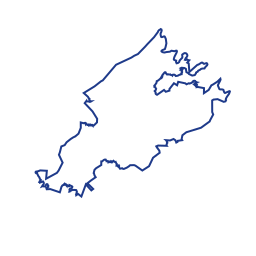 Tepecoacuilco de Trujano, Guerrero, Mexico, rotated 222°
{"feature_id": "50627088B4261822840541", "entity_name": "Tepecoacuilco de Trujano", "entity_type": "district", "adm_level": 2, "iso_a3": "MEX", "parent_name": "Mexico", "parent_adm1": "Guerrero", "projection": "equal_earth", "projection_center": [-99.467, 18.127], "detail": "fine", "context": "isolated", "style": "outline", "palette": "blue", "viewbox_px": 256, "rotation_deg": 222, "n_neighbors": 0, "source": "geoboundaries", "source_scale": "gbopen_adm2", "svg_char_len": 5910}
<svg xmlns="http://www.w3.org/2000/svg" viewBox="0 0 256 256"><g transform="rotate(222 128 128)"><path d="M73.4,213.0L73.8,214.4L74.4,214.6L74.9,215.4L75.4,217.6L75.8,221.1L76.7,223.3L77.1,223.4L77.4,223.1L79.3,219.0L79.7,218.8L80.8,219.1L82.7,220.2L84.0,219.6L85.4,218.3L86.2,218.1L89.6,219.7L90.0,220.4L91.2,224.9L91.6,225.9L92.3,226.4L92.6,222.2L94.0,217.0L94.6,215.5L93.5,210.3L94.9,204.7L98.2,208.5L103.4,205.3L104.2,204.4L104.5,205.1L105.2,204.7L105.6,205.7L106.4,204.0L106.4,204.9L106.7,204.6L107.5,204.6L107.1,205.0L107.2,206.2L108.1,206.1L107.8,206.5L108.1,206.8L107.6,207.3L107.3,208.0L107.8,207.7L108.1,207.9L109.1,207.7L109.6,207.9L110.1,207.7L110.9,206.8L110.9,206.2L110.7,205.2L111.0,204.7L111.0,204.0L112.0,202.2L112.7,202.0L113.8,199.6L115.2,199.6L121.6,195.9L120.1,192.6L123.8,192.0L123.3,184.7L122.2,183.5L124.2,180.2L126.7,180.4L128.6,172.2L128.9,172.0L130.1,171.9L130.7,172.2L131.3,173.0L132.9,173.3L132.8,174.7L133.3,175.9L133.7,175.9L134.9,176.6L135.3,176.6L135.9,176.2L136.8,177.1L136.6,178.1L136.8,178.4L136.8,179.1L137.0,179.8L137.0,180.5L138.0,182.1L137.6,182.7L137.2,184.6L137.0,186.7L137.3,188.2L136.6,188.0L136.8,189.1L137.7,189.9L137.9,190.6L137.9,191.0L137.7,191.3L137.9,191.5L138.0,193.5L137.8,194.3L137.1,194.5L136.5,194.0L134.7,193.9L134.3,194.7L133.2,195.2L132.5,196.1L131.6,196.1L130.6,196.8L130.1,196.7L130.3,197.6L130.1,197.9L129.1,198.7L128.7,198.8L127.3,198.6L126.5,199.5L125.9,200.4L125.3,202.2L124.8,202.7L124.4,203.6L124.7,203.9L124.3,204.1L124.7,204.6L125.0,205.5L125.3,205.9L125.7,205.9L125.7,206.1L126.1,206.3L126.3,206.7L126.6,206.7L126.6,207.1L127.1,206.8L127.1,207.2L127.8,206.7L127.8,207.1L128.2,207.3L128.0,207.6L128.2,208.1L128.8,207.9L128.6,208.5L128.1,209.0L127.6,209.2L126.3,210.3L124.6,210.7L122.0,208.6L119.8,209.1L118.9,208.9L115.4,209.9L113.8,212.0L114.1,214.2L114.4,214.5L114.5,215.2L113.9,216.4L114.2,217.5L113.4,219.5L113.3,220.5L113.1,221.0L112.5,222.0L111.0,223.4L111.3,224.8L111.2,227.6L111.5,228.4L112.4,228.9L113.1,228.7L114.4,226.6L114.8,226.4L116.3,226.4L116.9,226.0L117.2,225.5L118.1,222.2L118.7,221.4L119.9,210.7L126.1,216.6L127.7,216.2L127.8,219.3L129.4,218.4L129.9,218.5L130.7,217.1L131.3,216.8L131.9,218.7L131.8,219.6L132.1,221.1L132.3,221.5L132.7,221.9L133.6,222.3L134.6,222.4L135.8,221.8L136.2,221.2L136.5,220.4L136.8,218.8L136.7,218.6L135.2,217.3L134.7,216.4L134.8,213.4L134.7,212.4L134.3,211.8L134.1,211.2L134.4,209.7L135.2,208.6L136.5,209.2L137.3,210.3L139.2,209.5L139.8,209.6L140.4,210.4L141.2,212.2L142.4,216.7L143.0,217.8L143.5,218.0L144.0,217.7L144.9,216.1L147.4,214.5L147.9,212.8L150.3,210.1L151.3,208.6L152.6,207.7L154.0,207.3L154.5,207.4L154.7,207.7L154.6,208.8L153.4,211.3L154.2,213.2L156.1,216.6L159.5,219.5L161.8,220.5L162.5,220.3L163.4,218.5L163.9,218.0L164.4,217.9L166.2,219.1L167.0,220.0L167.6,221.8L168.3,223.1L169.1,223.6L169.9,223.4L170.0,222.7L170.4,221.7L170.4,220.3L170.0,219.3L169.4,213.0L169.7,203.3L169.7,199.5L170.1,189.6L171.7,185.9L172.6,182.6L179.2,167.0L178.6,146.5L179.3,144.7L180.7,136.6L184.3,124.4L178.7,124.4L176.8,123.8L176.4,123.9L176.3,123.5L174.1,122.7L173.7,122.7L173.2,123.2L173.4,122.5L173.9,121.8L175.3,121.2L176.8,119.8L177.0,120.0L176.8,117.5L165.5,116.6L157.1,114.2L154.8,111.4L155.1,107.1L155.7,106.5L155.6,106.3L156.0,106.4L156.0,105.9L157.0,105.4L157.3,105.4L157.4,105.6L157.6,105.4L157.5,105.0L157.9,104.4L158.4,104.3L158.7,105.0L159.0,104.7L158.7,104.5L158.9,104.1L158.9,103.8L159.4,104.0L159.4,103.6L160.2,103.1L161.2,103.4L161.1,103.9L161.4,103.3L161.8,103.1L161.8,102.7L162.4,103.2L162.8,102.9L162.7,103.3L163.3,103.2L164.3,101.8L166.8,100.5L163.2,96.5L161.0,90.7L161.4,87.6L161.6,86.8L161.5,86.6L162.4,84.5L163.2,81.6L164.1,76.3L163.6,72.9L165.2,69.7L162.4,64.4L161.4,61.9L153.4,58.5L151.1,50.0L150.8,47.1L154.9,35.5L159.7,41.9L164.9,37.7L165.8,35.8L167.2,34.0L167.3,33.8L166.8,33.0L166.2,32.9L166.0,33.1L165.9,33.3L165.7,33.2L165.3,33.5L165.0,33.2L164.6,33.2L162.5,32.3L160.7,32.0L159.7,31.3L158.0,31.1L158.2,30.5L157.9,29.9L158.0,29.3L157.8,28.7L157.5,29.0L156.9,28.5L155.3,31.4L154.0,31.0L153.1,30.0L153.1,28.5L152.8,27.1L152.5,27.7L151.2,28.4L150.4,29.4L151.0,31.4L150.7,32.1L150.1,32.3L149.1,31.8L148.5,31.7L148.3,30.8L147.9,30.7L148.6,28.8L147.4,28.1L144.9,30.6L135.6,34.6L138.1,39.8L138.3,41.4L138.0,42.4L137.6,42.8L138.2,44.0L137.8,43.7L137.8,43.9L137.4,43.7L137.3,43.8L137.1,43.5L136.7,44.2L135.1,44.0L135.8,44.7L133.1,45.0L132.7,45.6L132.8,46.0L132.8,46.3L133.3,46.2L133.4,46.4L130.6,47.2L130.0,47.1L129.6,46.1L130.0,45.0L130.5,44.4L130.4,43.3L130.2,42.9L129.9,42.8L129.2,42.1L129.0,41.5L128.8,41.7L128.9,42.1L128.7,42.8L128.5,43.1L128.0,44.6L126.1,46.4L124.9,47.2L123.4,46.5L122.1,43.9L121.5,43.4L121.4,43.8L121.6,43.8L121.5,44.2L121.6,44.6L121.6,45.2L121.3,45.6L116.8,45.9L121.6,57.9L113.5,57.1L113.1,59.4L121.2,59.8L120.4,64.2L119.1,69.8L121.0,70.3L122.9,71.5L123.3,71.5L124.9,74.5L124.8,76.8L123.1,82.6L125.5,85.3L124.9,85.9L124.6,88.1L124.0,89.2L123.4,89.6L122.9,89.3L122.2,89.3L121.8,89.0L121.5,89.4L121.3,89.3L120.4,90.1L119.6,89.3L119.2,89.9L119.3,90.6L118.5,90.8L118.5,91.6L117.7,91.3L117.2,91.5L117.6,92.2L117.6,92.6L117.3,92.8L116.9,92.5L116.8,93.6L116.6,93.5L116.4,93.8L116.2,93.7L114.2,94.2L114.2,94.4L113.1,93.9L112.3,93.8L111.9,92.9L111.6,92.6L111.5,93.1L111.0,93.2L110.9,92.7L110.4,92.7L110.6,93.0L109.9,93.6L109.8,94.1L109.3,93.9L109.3,93.7L108.2,92.8L106.7,92.4L105.4,94.2L104.4,94.3L103.7,94.8L102.4,97.6L101.7,100.1L101.5,101.8L98.6,104.5L97.3,105.0L88.9,106.0L86.8,113.7L89.5,122.7L87.9,130.8L89.5,132.1L92.5,132.7L93.2,133.1L93.5,132.9L94.7,133.3L93.9,135.1L87.3,140.7L88.1,140.9L88.1,141.4L88.8,142.6L88.8,143.1L89.2,143.3L89.3,143.7L90.1,143.8L90.4,144.4L91.6,144.4L88.4,146.9L86.8,150.3L84.5,150.6L82.4,149.5L81.9,150.8L82.4,151.8L79.6,155.2L80.7,155.6L82.7,159.0L81.8,163.9L73.9,177.1L71.7,187.5L72.2,188.8L73.7,195.0L76.1,196.2L83.9,204.8L83.5,206.3L80.7,209.4L74.4,211.5L73.4,213.0Z" fill="none" stroke="#1e3a8a" stroke-width="2"/></g></svg>